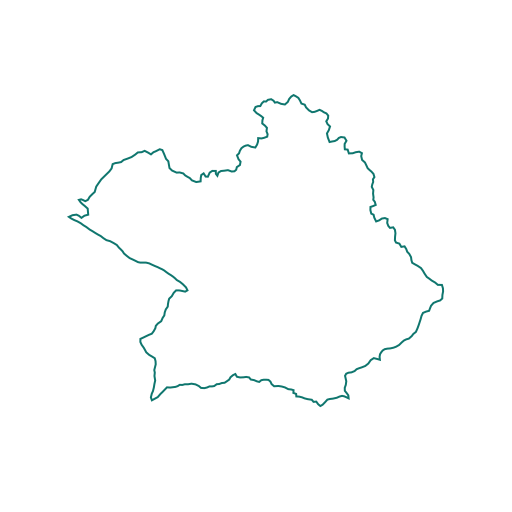 the district of Araxá, Minas Gerais, Brazil, rotated 14°
{"feature_id": "56859067B23765834609949", "entity_name": "Araxá", "entity_type": "district", "adm_level": 2, "iso_a3": "BRA", "parent_name": "Brazil", "parent_adm1": "Minas Gerais", "projection": "albers", "projection_center": [-46.987, -19.634], "detail": "fine", "context": "isolated", "style": "outline", "palette": "teal", "viewbox_px": 512, "rotation_deg": 14, "n_neighbors": 0, "source": "geoboundaries", "source_scale": "gbopen_adm2", "svg_char_len": 5406}
<svg xmlns="http://www.w3.org/2000/svg" viewBox="0 0 512 512"><g transform="rotate(14 256 256)"><path d="M319.2,130.6L316.4,131.0L315.5,128.4L314.9,125.8L315.9,122.3L313.2,119.6L309.7,120.0L307.8,121.4L306.6,123.6L304.6,125.4L302.3,126.4L299.8,127.6L297.0,123.6L295.2,119.9L296.2,116.3L296.5,112.4L293.5,110.7L291.6,108.3L292.6,105.2L292.1,102.3L289.8,100.6L287.0,100.1L284.9,99.3L282.3,98.8L280.1,100.5L277.9,102.0L275.6,102.9L272.2,101.9L268.6,99.7L266.7,97.4L263.2,97.1L261.0,94.4L258.8,92.3L255.8,91.3L253.5,90.8L251.6,92.8L250.2,95.6L249.6,98.8L247.4,102.0L243.5,102.3L239.4,101.6L237.2,102.6L235.5,101.1L232.8,100.2L229.8,101.6L228.4,103.7L226.2,104.1L224.7,106.5L223.9,109.5L221.7,110.1L219.5,111.5L218.8,115.1L222.0,117.2L224.5,118.0L227.2,119.0L229.5,120.1L229.4,122.8L230.0,125.9L233.1,127.3L235.6,129.0L236.0,132.5L237.8,135.0L238.0,137.5L235.2,139.4L232.9,140.6L229.6,141.1L230.3,144.4L230.1,147.6L229.1,150.9L225.0,151.2L221.4,150.4L219.3,151.4L217.5,152.8L215.8,154.9L214.9,157.8L214.7,160.5L213.2,162.9L215.7,166.4L218.2,168.2L218.4,171.6L215.9,174.4L215.9,177.1L214.6,179.0L212.0,179.9L208.0,179.5L204.6,180.9L201.5,182.0L199.4,184.1L199.1,187.5L197.2,186.0L196.4,183.2L193.0,184.0L190.9,186.3L190.1,190.7L187.9,191.1L185.2,188.5L183.3,190.7L183.5,193.6L184.2,197.0L180.1,198.7L175.5,198.1L172.9,196.4L170.2,195.7L167.7,194.9L165.5,193.5L161.7,193.4L158.8,194.3L153.9,193.4L150.8,191.6L149.6,188.9L148.0,185.3L145.2,183.5L142.1,179.2L139.5,175.9L136.8,175.7L133.2,178.8L131.4,180.1L129.5,182.8L126.3,181.8L122.5,180.9L120.0,182.9L116.3,184.1L114.2,186.9L111.3,190.1L107.8,192.6L104.3,194.9L102.4,197.5L99.7,198.8L97.0,199.9L94.7,201.5L94.7,206.0L93.2,209.5L90.8,213.4L87.3,219.1L85.3,224.3L84.2,227.3L84.0,232.9L82.2,235.6L80.3,238.8L79.3,242.2L77.1,244.1L74.8,243.6L72.6,243.3L70.6,244.4L72.8,246.3L75.0,247.6L77.6,248.8L81.2,250.7L82.0,253.0L83.2,256.5L79.8,258.4L77.4,261.2L74.4,259.8L71.8,259.3L68.1,260.8L65.0,263.3L67.6,264.3L71.0,265.1L74.3,265.6L78.0,266.6L81.1,267.9L84.3,268.9L88.3,270.6L91.4,271.5L94.7,272.6L97.7,273.5L100.5,274.2L103.6,275.6L107.0,276.8L110.8,276.9L114.8,277.9L118.3,279.0L120.9,281.0L123.2,282.3L125.4,283.7L127.3,285.5L130.5,287.1L133.9,288.6L137.1,289.2L140.0,289.8L143.0,290.5L145.3,290.4L148.0,289.7L151.1,289.0L154.2,289.0L156.6,289.5L160.5,290.2L163.3,290.6L165.5,291.1L168.2,291.6L170.3,292.2L172.8,293.3L175.6,294.4L177.9,295.1L180.5,296.1L182.6,297.1L185.0,298.5L188.5,299.5L191.9,301.1L195.7,303.4L197.8,305.9L195.9,307.7L190.2,307.9L186.8,308.7L185.1,311.6L184.0,315.4L182.1,318.4L182.0,320.8L182.2,323.8L182.6,326.5L181.4,329.6L181.1,332.7L181.4,335.9L180.4,338.6L179.8,342.2L177.1,345.3L175.7,348.0L175.8,350.4L174.9,353.8L173.7,356.6L171.2,358.4L168.3,360.8L166.4,362.4L163.9,364.4L164.6,367.4L166.5,369.8L169.2,372.1L171.1,374.1L172.8,376.0L176.3,377.8L179.1,378.6L182.5,379.7L184.0,382.4L184.9,385.4L184.9,388.7L184.9,391.3L186.0,393.6L186.5,397.0L188.3,401.2L188.4,404.8L188.7,408.3L188.7,412.1L188.2,414.7L188.2,418.6L189.9,421.2L192.5,418.8L194.8,416.7L196.7,412.9L198.1,410.7L199.6,408.1L201.4,405.0L204.6,404.4L206.9,403.5L209.5,402.5L211.5,401.2L213.1,399.5L215.8,398.9L217.9,397.7L221.1,396.9L224.3,395.5L228.4,395.2L232.0,396.0L234.6,397.3L237.9,396.7L240.2,395.5L242.4,393.8L244.8,393.2L246.9,392.3L248.9,389.9L251.3,389.1L253.6,387.5L256.2,386.6L258.1,384.5L259.9,382.4L260.6,379.8L262.5,377.2L264.5,375.5L266.7,377.8L269.9,377.7L273.0,376.8L275.8,375.7L278.7,375.5L280.8,377.1L284.2,376.9L287.2,377.4L289.6,377.4L291.2,375.2L293.4,374.2L295.7,373.6L298.1,373.2L300.4,374.4L302.1,376.5L305.1,378.0L309.2,376.7L312.5,376.4L315.8,376.5L319.5,377.4L322.5,377.0L324.9,377.1L325.4,379.8L328.3,380.1L329.1,382.5L331.9,382.0L334.9,382.0L337.6,382.4L340.8,382.4L344.9,382.0L347.1,383.6L349.7,382.7L352.2,384.8L354.7,386.0L356.6,384.2L358.4,381.1L360.0,378.1L362.2,376.9L365.1,375.8L368.7,374.0L371.0,372.2L373.3,370.9L375.6,370.8L377.9,371.2L380.3,371.7L379.3,368.9L377.3,367.2L374.8,365.3L374.0,362.4L374.3,359.3L373.9,355.7L372.6,353.1L371.4,350.7L372.0,348.4L373.9,346.9L376.8,345.8L379.5,343.8L381.0,341.5L383.1,340.0L385.5,338.5L388.6,336.3L391.0,333.2L392.5,329.3L395.0,326.6L398.5,326.6L401.3,326.7L400.3,323.9L400.1,321.3L400.8,319.1L401.8,317.0L403.4,315.3L405.9,314.1L408.6,313.2L411.6,311.7L413.9,310.1L416.4,307.7L418.3,304.6L420.0,302.2L422.0,300.5L424.3,299.2L426.5,296.0L427.5,293.6L429.5,291.0L430.2,287.1L430.6,283.3L431.0,277.7L431.1,274.0L431.8,270.8L434.5,268.8L437.2,267.3L437.5,264.7L437.9,261.9L439.6,258.6L442.9,256.1L445.4,254.6L447.0,252.2L446.3,248.7L446.1,245.1L445.2,242.1L443.4,239.1L439.4,240.0L436.2,238.4L432.4,237.3L429.7,236.1L426.8,235.0L423.8,232.3L421.6,230.0L419.0,227.8L415.1,226.4L412.3,225.7L409.2,224.8L407.8,222.4L406.7,219.6L404.2,216.9L401.7,215.3L400.1,212.9L397.8,210.7L394.8,212.0L392.1,209.3L388.6,209.1L387.0,207.2L386.3,203.8L385.8,200.2L384.5,197.0L382.2,195.0L379.2,196.3L377.1,194.8L375.3,192.2L374.8,188.4L371.9,188.0L369.1,189.2L366.8,191.7L364.2,193.4L361.5,190.2L360.1,187.5L357.6,187.0L355.9,183.8L355.2,180.7L357.3,179.4L359.8,177.5L358.1,174.6L356.2,173.1L355.9,170.7L354.5,167.2L353.9,163.6L351.6,160.9L351.5,158.3L351.8,155.8L350.9,153.3L351.8,150.8L350.1,147.9L347.6,146.2L345.4,145.1L343.1,143.8L341.6,141.9L339.1,138.9L335.7,137.1L333.9,133.6L333.9,130.6L330.9,129.8L327.6,131.2L325.0,132.9L321.3,134.0L319.2,130.6Z" fill="none" stroke="#0f766e" stroke-width="2"/></g></svg>